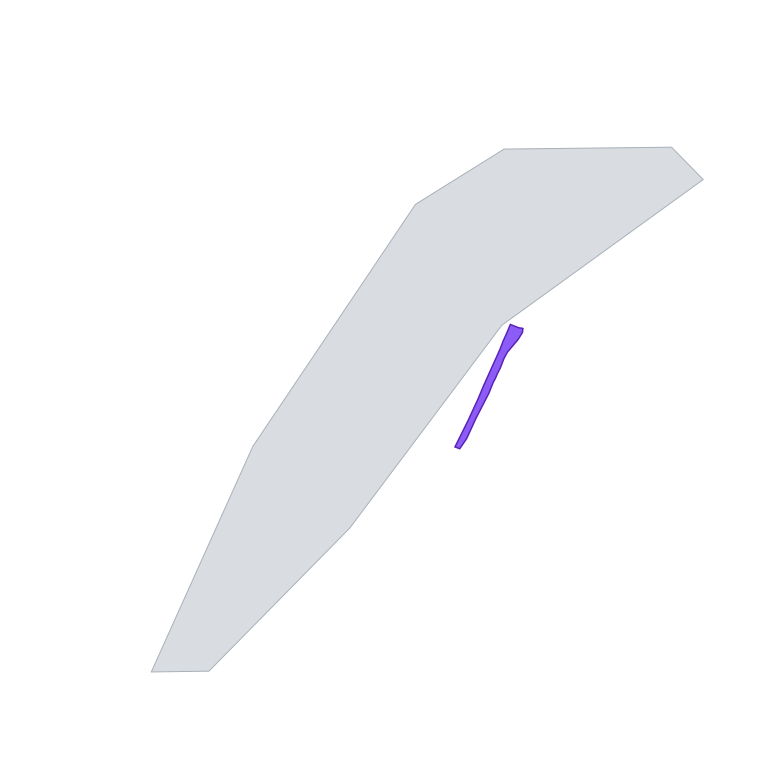 Teone, Tuvalu (highlighted), rotated 223°
{"feature_id": "33948139B32813308345680", "entity_name": "Teone", "entity_type": "district", "adm_level": 2, "iso_a3": "TUV", "parent_name": "Tuvalu", "parent_adm1": "", "projection": "natural_earth1", "projection_center": [179.198, -8.507], "detail": "fine", "context": "in_parent", "style": "filled", "palette": "violet", "viewbox_px": 768, "rotation_deg": 223, "n_neighbors": 0, "source": "geoboundaries", "source_scale": "gbopen_adm2", "svg_char_len": 735}
<svg xmlns="http://www.w3.org/2000/svg" viewBox="0 0 768 768"><g transform="rotate(223 384 384)"><path d="M456.4,637.7L335.2,753.3L290.0,751.2L337.9,507.4L310.8,255.3L316.2,54.6L357.8,14.7L437.4,249.0L483.5,536.9L456.4,637.7Z" fill="#d9dde1" stroke="#a8b0b8" stroke-width="1"/><path d="M284.5,388.3L286.3,400.4L293.4,421.8L297.0,434.6L301.0,448.8L305.2,459.6L306.3,463.9L308.3,469.5L308.9,471.7L310.0,475.4L313.7,484.6L315.5,491.5L315.9,500.4L316.3,508.2L317.9,516.1L320.2,519.3L321.9,518.5L322.3,517.9L324.2,516.9L326.2,516.1L332.2,513.7L328.8,504.5L326.1,496.5L323.3,489.6L321.1,483.4L315.3,466.2L310.1,451.0L304.6,436.0L303.4,432.3L297.7,415.0L289.2,386.4L284.5,388.3Z" fill="#8b5cf6" stroke="#5b21b6" stroke-width="1.5"/></g></svg>